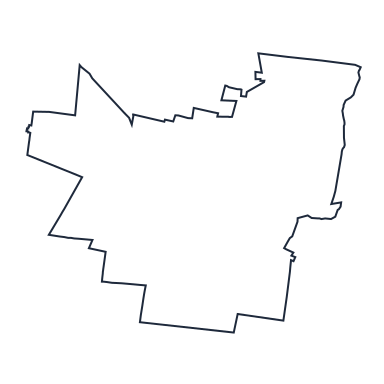 outline of Opichén, Yucatán, Mexico, rotated 1°
{"feature_id": "50627088B93641399425538", "entity_name": "Opichén", "entity_type": "district", "adm_level": 2, "iso_a3": "MEX", "parent_name": "Mexico", "parent_adm1": "Yucatán", "projection": "mercator", "projection_center": [-89.848, 20.55], "detail": "fine", "context": "isolated", "style": "outline", "palette": "slate", "viewbox_px": 384, "rotation_deg": 1, "n_neighbors": 0, "source": "geoboundaries", "source_scale": "gbopen_adm2", "svg_char_len": 2245}
<svg xmlns="http://www.w3.org/2000/svg" viewBox="0 0 384 384"><g transform="rotate(1 192 192)"><path d="M285.7,55.3L255.9,52.2L259.7,71.5L253.3,70.8L253.6,78.1L258.5,77.9L258.5,79.7L262.4,79.5L262.1,80.9L245.1,91.0L244.4,95.7L239.3,95.2L239.7,88.8L239.0,88.5L235.5,88.4L227.1,86.6L224.9,85.3L223.4,85.0L219.8,99.8L234.8,100.2L230.7,116.2L227.6,116.3L227.0,116.1L223.6,116.2L216.0,116.2L216.7,112.8L211.6,111.9L192.3,107.9L190.9,118.3L186.8,118.2L177.0,115.7L174.0,115.6L172.0,121.8L163.7,120.1L163.1,122.2L131.8,115.5L131.7,115.9L132.1,116.8L130.6,125.7L127.8,118.9L123.3,114.5L123.3,114.4L123.0,114.2L118.9,109.9L90.3,80.1L87.5,75.5L79.3,69.1L77.5,67.1L73.8,117.4L47.8,114.4L31.8,114.4L30.6,125.4L30.2,128.3L28.1,127.9L27.9,129.6L27.4,129.6L27.2,131.3L26.0,131.2L25.6,133.1L25.8,133.1L25.5,134.2L27.2,134.4L27.2,135.3L28.0,135.2L29.3,135.7L28.7,140.5L28.4,143.7L28.3,144.0L28.1,145.7L26.7,157.9L77.6,177.4L81.9,179.1L64.5,211.3L62.9,214.0L61.0,217.5L49.6,237.3L60.4,238.8L65.2,239.3L68.9,240.0L72.0,240.0L75.0,240.5L79.3,240.7L93.3,241.7L89.9,250.0L106.7,253.3L104.9,268.3L104.6,270.7L104.4,272.6L104.3,273.0L104.2,275.3L103.9,278.2L103.7,280.5L103.5,283.2L105.2,283.2L108.4,283.5L113.6,284.2L117.8,284.3L120.5,284.4L123.4,284.5L129.0,284.9L134.8,285.3L141.3,285.8L147.4,286.2L146.6,290.6L145.9,294.9L145.1,300.6L144.4,306.0L144.1,308.2L143.0,315.8L142.2,323.1L236.2,331.8L239.8,313.2L285.6,319.0L288.6,295.0L288.6,294.9L291.3,270.0L291.6,265.5L292.2,258.4L294.7,259.4L296.4,255.3L292.5,253.9L294.4,250.8L287.1,247.6L285.1,246.5L288.7,239.8L290.6,236.4L293.0,234.6L298.0,219.9L298.1,216.3L308.1,213.4L312.1,215.9L318.2,216.2L320.0,216.2L321.9,216.8L325.6,216.1L331.5,216.6L335.7,214.2L338.0,207.3L339.1,206.7L340.8,204.1L341.3,199.8L331.5,201.6L333.8,194.4L335.3,188.5L338.8,165.5L340.9,151.6L341.1,149.0L341.5,147.2L342.0,146.0L342.6,145.2L343.2,144.6L343.9,142.3L343.6,139.8L343.0,135.2L342.7,123.4L343.3,121.8L343.3,120.3L343.0,118.1L342.5,116.4L341.7,112.9L341.4,110.7L340.9,108.2L342.0,104.3L342.1,102.3L344.0,97.9L349.2,94.6L351.8,91.9L353.7,85.1L353.8,84.8L355.4,80.9L357.5,76.3L357.7,74.3L357.4,73.7L356.3,69.6L356.9,67.5L357.4,67.0L358.5,64.3L352.9,62.0L319.4,58.3L285.7,55.3Z" fill="none" stroke="#1e293b" stroke-width="2"/></g></svg>